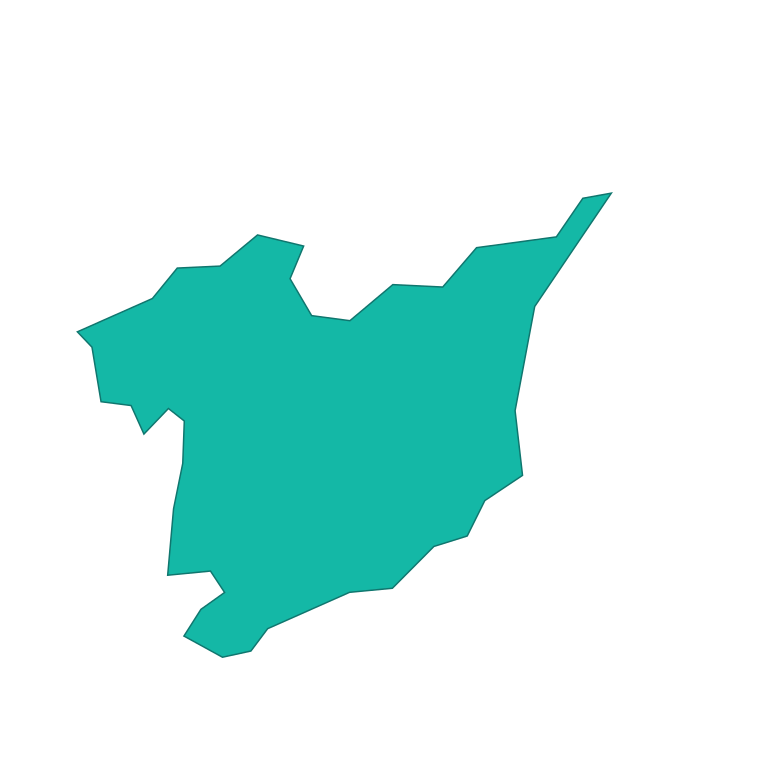 outline of Vabkent, Bukhoro, Uzbekistan, rotated 336°
{"feature_id": "79887680B72546583413926", "entity_name": "Vabkent", "entity_type": "district", "adm_level": 2, "iso_a3": "UZB", "parent_name": "Uzbekistan", "parent_adm1": "Bukhoro", "projection": "robinson", "projection_center": [64.502, 39.936], "detail": "fine", "context": "isolated", "style": "filled", "palette": "teal", "viewbox_px": 768, "rotation_deg": 336, "n_neighbors": 0, "source": "geoboundaries", "source_scale": "gbopen_adm2", "svg_char_len": 662}
<svg xmlns="http://www.w3.org/2000/svg" viewBox="0 0 768 768"><g transform="rotate(336 384 384)"><path d="M473.4,523.8L492.9,461.7L553.2,374.5L621.3,332.0L669.3,302.1L641.2,295.2L601.3,319.7L524.0,297.1L477.1,319.3L432.5,296.8L378.6,312.3L345.7,292.1L341.0,249.6L366.7,225.3L329.1,196.4L282.2,209.6L242.3,194.0L207.2,211.7L125.1,211.6L132.2,231.6L118.3,285.1L144.2,300.8L144.3,332.1L177.1,318.7L186.5,336.6L167.9,374.6L141.0,412.4L108.6,470.7L149.4,484.3L153.6,509.6L125.1,515.4L98.7,532.9L125.3,567.9L153.8,573.8L178.2,560.2L267.8,560.3L308.6,574.0L363.5,552.7L398.2,556.7L428.7,531.5L473.4,523.8Z" fill="#14b8a6" stroke="#0f766e" stroke-width="1.5"/></g></svg>